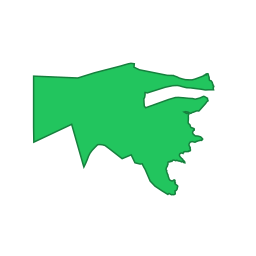 outline of Anoamaa East, Atua, Samoa, rotated 73°
{"feature_id": "51752279B65855420318415", "entity_name": "Anoamaa East", "entity_type": "district", "adm_level": 2, "iso_a3": "WSM", "parent_name": "Samoa", "parent_adm1": "Atua", "projection": "albers", "projection_center": [-171.579, -13.925], "detail": "fine", "context": "isolated", "style": "filled", "palette": "green", "viewbox_px": 256, "rotation_deg": 73, "n_neighbors": 0, "source": "geoboundaries", "source_scale": "gbopen_adm2", "svg_char_len": 3417}
<svg xmlns="http://www.w3.org/2000/svg" viewBox="0 0 256 256"><g transform="rotate(73 128 128)"><path d="M114.0,222.2L108.0,180.8L123.2,181.1L139.9,181.4L149.6,181.6L152.4,181.6L149.5,178.9L146.3,176.2L143.4,174.0L141.0,171.7L138.9,168.9L136.8,165.2L135.1,161.9L135.6,159.7L136.6,157.3L138.0,155.1L142.2,152.0L155.6,142.6L154.6,132.8L163.3,131.5L166.0,127.0L166.4,124.9L169.6,124.4L172.6,123.7L174.4,123.5L185.3,122.3L191.5,119.2L198.2,113.7L203.2,109.3L202.6,108.2L202.7,107.7L203.6,106.9L204.5,106.0L204.7,105.0L205.2,103.6L205.0,102.9L205.1,102.5L204.5,102.0L203.9,101.8L202.9,101.8L202.2,101.3L201.9,101.3L201.9,100.7L201.6,99.9L201.0,99.1L200.1,98.5L199.6,98.4L198.7,97.6L197.7,97.5L196.2,98.6L195.1,99.3L194.4,99.3L194.3,98.9L193.8,99.2L193.4,99.1L193.3,98.8L192.7,99.0L192.2,98.5L191.8,98.4L191.3,98.7L191.1,99.2L191.3,100.0L191.6,100.6L191.5,101.4L191.2,102.0L189.9,103.3L188.6,103.6L187.2,103.6L186.2,103.7L184.1,103.5L183.8,103.7L183.0,103.7L181.1,103.9L180.3,103.4L179.9,103.4L179.1,103.8L178.5,103.7L177.5,103.1L176.9,102.6L175.8,101.4L174.8,100.9L174.4,100.4L173.6,100.2L172.4,99.7L172.2,98.9L172.7,98.0L172.4,97.9L172.1,97.1L172.8,95.9L172.7,95.6L172.1,95.2L171.9,94.1L172.5,92.8L173.1,92.2L173.3,91.7L173.1,91.0L173.2,90.6L173.7,90.2L174.7,88.7L174.6,88.3L175.2,87.6L176.0,86.9L175.7,86.5L175.9,85.8L176.4,85.6L177.4,84.6L177.6,84.5L177.9,83.8L176.8,83.7L176.3,84.1L176.0,84.0L175.0,84.7L173.8,84.9L172.8,85.6L170.3,86.8L168.9,86.8L168.0,86.2L167.5,85.2L167.6,83.8L168.3,83.0L168.0,82.9L168.0,82.2L167.2,81.5L167.2,80.5L167.7,79.1L168.2,77.1L168.1,76.4L167.7,76.2L168.0,75.3L167.9,75.0L167.2,74.7L165.5,74.5L165.2,74.7L164.7,74.2L163.8,74.5L162.5,74.7L161.5,74.5L160.6,73.8L159.7,72.7L159.7,70.7L161.1,68.3L161.2,67.3L160.9,67.1L160.8,66.4L160.9,65.4L160.8,65.1L160.9,63.5L160.9,62.6L161.4,61.2L161.1,60.7L160.8,60.7L160.4,59.8L158.5,60.6L157.6,61.3L156.2,63.4L155.7,64.6L155.4,65.8L155.2,66.0L153.0,67.4L151.7,67.7L150.7,67.3L149.0,65.7L149.3,65.3L148.3,64.9L147.8,65.1L147.6,65.5L147.0,66.0L146.0,67.6L144.6,67.9L143.5,67.8L142.7,68.0L142.2,68.4L141.2,68.9L140.4,68.9L139.4,68.6L137.8,67.9L135.4,67.1L134.3,66.9L133.3,66.5L132.8,65.8L131.8,65.8L131.2,66.1L131.5,66.6L131.3,67.7L129.1,69.7L129.2,68.1L130.2,66.2L130.6,65.6L132.3,64.0L132.3,63.3L131.9,61.9L132.0,60.8L131.7,57.3L131.9,56.6L132.3,55.9L132.4,55.1L130.7,52.3L127.3,46.7L125.8,44.8L125.4,43.5L123.4,43.5L122.8,43.3L120.9,45.1L120.3,45.6L119.8,46.5L120.3,50.5L120.2,52.8L120.1,55.3L118.7,57.6L117.4,61.2L115.3,66.2L113.5,70.8L112.7,73.8L112.6,80.5L113.8,105.2L111.7,106.0L108.5,105.3L104.6,104.3L103.9,103.4L103.3,103.0L101.7,102.2L100.7,101.8L100.0,101.7L99.0,101.3L99.7,100.0L100.1,99.4L99.9,80.4L100.6,72.8L101.8,68.3L102.8,66.3L104.4,63.9L106.6,60.2L107.9,56.5L110.0,51.9L112.2,46.9L114.2,43.0L115.0,39.9L115.7,37.6L116.5,35.0L114.6,34.9L114.1,34.5L113.6,33.9L112.9,33.8L112.4,34.3L111.4,34.0L110.7,34.2L109.0,34.1L108.7,34.2L107.1,34.8L106.3,36.1L104.8,36.0L104.1,35.9L103.9,35.7L102.1,35.6L101.5,35.8L100.7,35.6L100.1,35.8L99.7,35.6L99.3,36.1L99.2,37.2L99.9,37.6L99.4,37.9L99.8,38.4L99.7,39.5L100.1,39.6L100.4,42.5L100.8,49.6L100.7,52.6L99.9,55.3L98.5,59.1L97.1,61.5L95.1,64.5L93.6,66.0L91.6,68.7L91.1,69.1L89.8,73.0L89.2,74.9L78.8,94.2L75.6,100.2L71.6,104.5L68.4,103.2L67.0,106.3L66.7,109.0L66.6,113.5L66.6,116.5L65.4,144.0L65.5,161.4L50.8,203.1L99.8,218.1L114.0,222.2Z" fill="#22c55e" stroke="#15803d" stroke-width="1.5"/></g></svg>